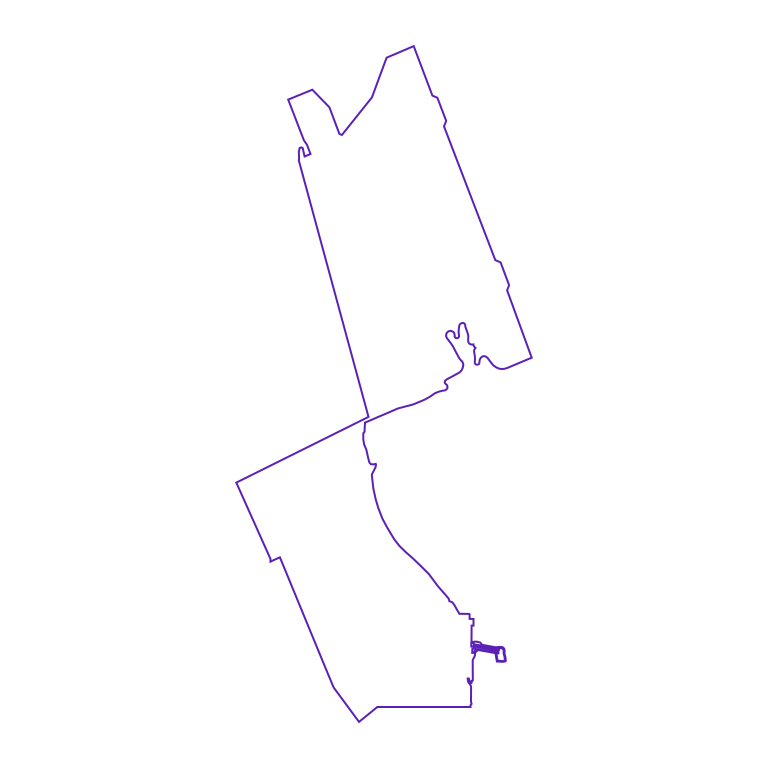 49, Ad Dawhah, Qatar (Robinson projection)
{"feature_id": "91078587B40201324753921", "entity_name": "49", "entity_type": "district", "adm_level": 2, "iso_a3": "QAT", "parent_name": "Qatar", "parent_adm1": "Ad Dawhah", "projection": "robinson", "projection_center": [51.615, 25.249], "detail": "fine", "context": "isolated", "style": "outline", "palette": "violet", "viewbox_px": 768, "rotation_deg": 0, "n_neighbors": 0, "source": "geoboundaries", "source_scale": "gbopen_adm2", "svg_char_len": 3406}
<svg xmlns="http://www.w3.org/2000/svg" viewBox="0 0 768 768"><path d="M470.5,707.0L470.6,705.0L471.6,703.9L471.0,701.9L471.1,687.3L470.9,685.9L470.3,684.7L469.2,683.5L468.4,682.3L467.9,680.8L467.7,678.5L468.8,678.5L469.6,681.5L470.2,682.6L470.9,683.1L471.5,682.8L471.8,681.9L471.7,680.8L472.8,680.4L472.7,660.1L474.9,655.7L475.1,652.6L478.1,650.0L495.4,653.1L496.9,661.5L502.9,661.8L502.9,661.1L497.5,660.6L496.5,654.0L497.0,653.3L498.4,653.3L498.4,652.8L496.4,652.4L475.5,648.9L473.9,652.9L472.2,652.9L472.4,648.8L473.1,648.8L474.6,646.9L475.7,646.8L498.6,650.8L498.9,650.1L490.6,648.8L473.7,645.7L473.2,646.5L471.3,646.5L471.3,643.0L473.5,642.9L473.9,644.3L494.8,647.8L496.5,648.3L499.0,648.5L500.6,648.0L501.7,648.2L502.7,648.8L503.3,649.6L503.7,650.7L503.6,653.5L504.5,656.6L504.8,660.0L504.5,660.6L503.9,660.9L504.1,661.6L505.4,661.4L505.8,660.9L505.3,656.3L504.5,653.9L504.6,652.4L504.6,650.1L504.0,648.4L502.5,647.1L499.2,646.9L495.7,647.3L482.0,644.8L480.4,642.6L476.3,641.6L471.5,642.0L471.6,625.6L473.5,625.6L473.5,623.0L473.5,619.0L469.6,618.9L469.6,614.4L469.0,613.9L459.4,613.8L456.4,608.7L454.3,604.9L452.2,602.2L449.4,601.2L448.6,598.5L444.8,594.1L438.0,586.3L428.9,574.1L420.9,566.1L412.8,558.3L405.8,552.2L399.4,545.9L394.3,539.4L386.7,526.7L382.3,518.4L378.3,508.0L375.8,499.7L373.4,488.9L371.8,474.7L375.5,467.3L376.0,464.8L375.7,463.9L373.3,464.4L370.9,464.2L369.4,462.5L368.2,458.1L366.4,449.9L364.1,444.4L363.3,439.6L363.3,433.3L364.5,431.8L365.0,422.6L374.2,418.7L378.2,416.9L379.3,416.5L398.1,408.4L413.3,404.4L424.1,399.9L429.3,397.1L435.0,393.2L438.2,391.9L438.8,391.7L442.5,390.7L444.8,390.4L446.3,389.6L447.4,388.3L447.4,386.9L447.2,385.3L446.0,384.3L445.1,383.3L444.9,383.1L444.7,382.0L445.0,380.9L446.4,379.6L458.0,373.3L459.8,372.2L461.5,370.4L462.5,368.4L463.1,366.3L463.3,364.3L462.7,362.4L462.0,361.3L461.1,360.5L459.9,359.1L459.0,357.8L458.5,356.9L456.2,352.6L454.8,349.9L453.7,347.8L452.8,346.1L452.0,345.0L451.2,343.7L450.0,342.1L447.5,338.9L446.6,337.6L446.2,336.4L446.1,334.9L446.5,333.4L447.3,332.3L448.3,331.5L449.4,331.0L450.6,330.9L451.8,331.2L453.1,331.8L454.1,332.8L454.5,334.2L454.7,335.4L454.6,336.6L455.1,337.4L455.7,338.0L457.1,338.2L458.0,337.9L458.6,337.4L459.0,336.4L459.0,335.3L458.7,333.1L458.7,329.8L459.2,326.0L459.6,324.9L459.7,324.6L460.6,323.6L461.7,323.2L462.7,322.9L463.8,323.1L464.7,323.9L465.2,325.0L465.4,326.9L466.4,329.6L467.6,333.0L468.3,336.0L468.2,338.2L468.1,340.7L468.5,342.5L469.4,343.7L470.6,344.3L472.2,344.6L473.4,344.4L473.6,345.6L474.3,346.8L475.5,347.9L474.9,348.7L474.2,350.0L474.1,351.8L474.8,355.9L475.0,358.6L474.8,361.6L474.8,363.1L475.3,364.0L476.2,364.6L477.3,364.7L478.1,364.5L479.1,363.9L479.4,362.8L479.5,360.9L480.0,359.1L480.8,357.8L481.8,356.9L483.2,356.2L484.7,356.2L486.0,356.7L487.4,357.7L488.9,359.7L490.8,362.3L493.2,365.2L496.2,367.4L499.3,368.7L502.0,369.0L504.4,368.8L507.2,368.0L531.7,357.7L507.1,290.3L509.1,285.2L500.6,262.4L495.3,260.1L444.0,126.4L446.2,120.9L437.4,97.8L432.4,95.6L413.7,46.1L386.6,57.7L379.3,77.4L378.2,80.4L372.0,97.3L341.9,135.0L339.4,133.9L329.4,107.3L312.3,89.7L288.2,99.6L303.9,140.3L307.0,144.8L310.5,154.0L304.6,156.5L302.7,148.1L301.5,147.4L299.7,147.9L298.8,151.8L299.1,158.8L298.8,160.4L368.5,416.9L236.3,482.6L236.7,483.5L270.5,559.0L270.5,561.6L279.9,557.3L325.3,667.5L333.6,687.4L359.0,721.9L377.3,707.0L470.5,707.0Z" fill="none" stroke="#5b21b6" stroke-width="2"/></svg>